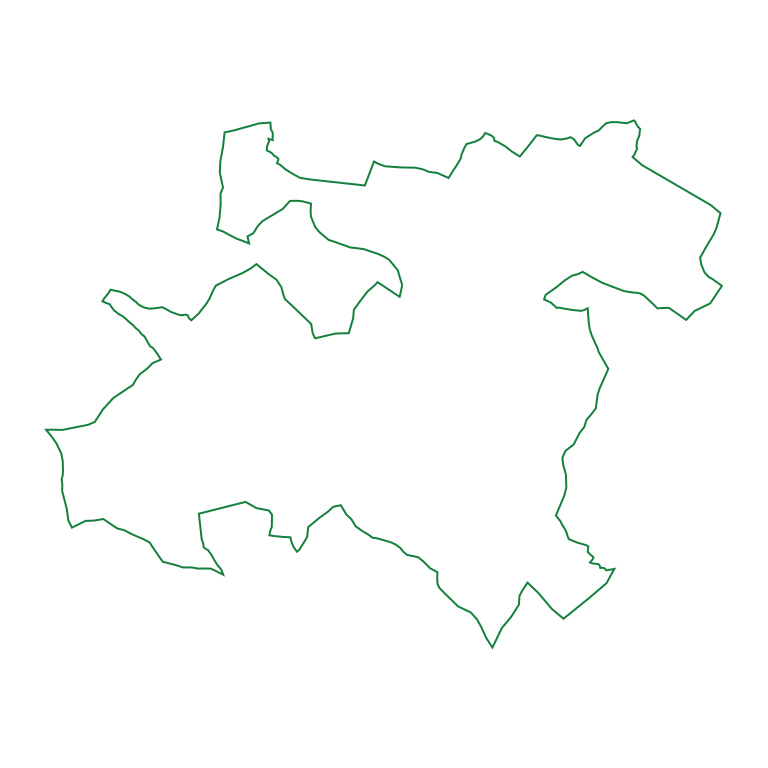 the district of Nwangele, Imo, Nigeria
{"feature_id": "59680162B11133908611483", "entity_name": "Nwangele", "entity_type": "district", "adm_level": 2, "iso_a3": "NGA", "parent_name": "Nigeria", "parent_adm1": "Imo", "projection": "albers", "projection_center": [7.127, 5.702], "detail": "fine", "context": "isolated", "style": "outline", "palette": "green", "viewbox_px": 768, "rotation_deg": 0, "n_neighbors": 0, "source": "geoboundaries", "source_scale": "gbopen_adm2", "svg_char_len": 5087}
<svg xmlns="http://www.w3.org/2000/svg" viewBox="0 0 768 768"><path d="M110.5,289.7L109.6,291.2L108.1,293.6L106.0,296.2L103.9,298.8L102.5,301.3L105.5,302.7L109.8,304.3L111.4,306.9L112.9,308.8L114.1,310.5L116.2,312.0L118.7,314.1L122.4,316.1L125.6,318.6L128.8,321.7L132.9,325.0L135.2,327.6L139.1,330.9L141.2,333.8L144.6,336.6L149.9,346.1L152.7,347.7L156.7,352.9L161.0,359.5L152.6,363.1L147.2,368.6L139.7,374.3L135.9,379.7L132.9,384.9L113.4,397.9L103.0,409.3L94.8,421.9L88.1,424.8L73.4,427.7L62.6,429.9L53.1,429.7L46.1,429.8L51.7,436.7L56.3,443.2L61.2,453.2L62.7,460.7L63.0,470.3L62.7,475.4L61.6,479.5L62.3,484.4L62.2,491.2L66.8,509.0L68.3,520.3L71.9,527.6L85.5,520.9L94.2,520.6L103.3,519.0L117.1,528.4L124.3,530.2L131.4,534.0L143.9,539.4L149.7,542.5L152.9,547.6L162.7,561.7L175.7,565.1L183.2,567.5L191.7,567.4L198.2,568.6L204.6,568.5L210.7,568.6L214.5,570.3L223.2,574.7L221.3,569.5L217.4,565.1L214.6,560.6L211.3,554.6L207.9,550.0L205.4,548.8L203.5,546.8L203.3,543.8L201.7,539.4L198.9,513.7L245.5,501.9L256.5,508.1L268.9,510.5L272.0,514.7L271.8,526.9L270.1,531.3L269.4,535.3L274.5,536.1L282.6,536.9L290.4,537.3L291.5,542.1L293.7,547.3L297.0,551.7L299.4,549.6L304.0,542.2L307.2,536.8L308.2,527.1L319.3,517.9L328.3,511.4L333.2,506.8L340.8,505.2L346.5,514.7L351.4,519.2L355.6,526.3L362.6,531.2L368.5,534.7L372.6,537.8L376.0,538.0L387.5,541.3L391.1,542.4L396.0,544.7L400.0,547.7L403.2,551.6L407.1,554.9L418.1,557.2L423.4,561.5L430.2,568.3L437.4,572.2L437.2,578.4L437.5,584.0L439.4,587.9L445.0,593.6L458.1,606.4L470.8,612.5L476.9,619.2L481.4,627.3L486.0,637.5L492.4,647.6L501.8,628.1L511.1,616.9L518.9,604.7L519.5,595.8L522.2,590.6L527.5,582.6L538.3,592.9L551.8,608.9L563.5,618.7L588.8,598.3L606.6,583.1L611.6,573.8L614.4,568.9L606.3,570.3L604.6,568.3L602.1,567.7L600.3,568.0L599.7,565.5L598.4,564.2L595.0,563.7L592.2,563.4L590.0,562.4L592.0,560.2L593.3,558.1L593.4,557.3L592.4,556.2L590.8,555.0L587.7,551.9L588.0,548.9L588.3,546.4L586.0,545.1L577.3,542.6L568.9,539.2L567.8,536.7L566.1,531.3L563.3,526.5L561.9,524.3L560.5,521.3L555.9,515.5L564.4,495.3L566.3,487.6L566.0,474.9L563.2,464.7L562.4,457.8L565.4,450.9L573.7,444.4L579.6,432.9L584.1,427.3L586.6,419.6L590.8,414.9L595.8,408.4L597.6,394.5L599.8,388.0L608.3,368.9L598.5,351.6L597.7,348.5L594.8,342.3L591.6,335.1L589.6,328.7L588.6,321.1L587.7,308.3L584.0,310.1L580.8,310.9L571.5,309.8L563.5,308.5L558.7,307.6L556.5,307.9L554.7,305.9L550.6,302.4L546.1,300.3L544.1,299.5L545.6,294.9L556.2,287.4L565.3,280.0L572.2,275.6L577.7,274.2L582.7,271.9L591.4,277.0L602.2,282.8L615.0,287.7L624.2,291.1L629.5,292.1L638.4,293.0L641.5,294.0L644.1,295.7L653.4,304.3L657.3,308.3L668.8,307.8L686.2,319.9L694.5,311.0L710.2,303.4L721.9,285.9L713.0,279.4L708.5,276.8L704.4,272.2L701.3,264.5L700.1,257.7L706.3,246.6L714.0,233.8L716.6,227.5L720.5,213.2L710.5,204.9L642.0,165.1L632.6,157.0L634.3,154.8L636.1,150.6L637.2,148.6L636.4,146.3L637.2,140.7L639.2,135.9L640.1,128.9L638.3,127.1L636.0,123.7L635.3,121.6L633.8,120.4L630.1,122.0L626.9,123.2L624.0,123.0L617.3,122.1L610.6,122.2L606.2,123.2L602.5,126.6L598.7,130.5L594.2,132.5L590.8,134.6L585.1,138.3L582.7,142.0L579.9,146.0L577.9,144.8L575.5,141.5L573.9,139.2L570.4,137.2L566.4,138.6L560.6,139.5L552.8,138.5L545.8,137.1L540.3,135.7L536.8,135.2L527.8,146.8L519.8,156.5L512.0,151.6L504.9,146.1L497.7,142.0L494.4,140.8L494.1,138.0L491.9,135.9L488.2,134.1L485.2,133.0L482.8,136.8L479.5,139.6L475.1,141.6L469.3,143.3L466.7,143.9L464.6,147.3L461.6,154.4L460.6,158.8L456.6,165.5L452.4,171.7L448.6,178.0L437.4,173.0L429.1,171.9L422.7,169.3L415.4,167.7L400.2,167.4L385.1,166.3L378.3,163.8L374.0,161.5L364.9,185.5L314.7,180.0L307.7,179.1L299.9,177.8L293.1,174.1L285.0,169.0L280.7,165.2L277.0,163.1L278.0,160.7L278.4,158.8L275.9,156.6L273.9,155.7L273.0,154.2L270.7,152.4L266.8,150.3L266.9,146.9L267.9,144.2L269.0,141.6L268.5,138.8L270.9,139.6L272.8,140.0L272.5,139.0L272.7,136.8L272.8,134.0L272.7,132.9L271.8,130.9L270.8,129.2L270.4,122.6L258.8,123.4L256.3,124.2L244.3,127.5L234.0,130.4L224.6,132.4L223.0,147.1L220.4,160.8L219.8,172.5L223.0,187.5L220.5,193.6L220.7,204.2L219.5,217.9L217.0,229.4L223.5,231.7L228.7,234.6L236.7,238.7L244.8,241.7L249.1,243.5L247.5,236.4L253.3,233.3L257.9,225.9L262.5,221.1L282.9,208.8L290.0,200.9L297.8,200.8L302.7,201.4L311.0,203.6L310.6,210.9L310.9,216.5L315.2,227.0L319.1,231.8L328.6,239.9L334.5,241.8L350.5,247.5L354.6,247.9L363.7,249.1L372.3,252.0L377.8,253.8L383.8,256.5L389.0,259.6L397.7,270.1L400.0,277.9L402.0,284.4L401.9,286.8L400.9,291.4L399.6,296.8L377.6,282.2L374.3,285.6L367.5,291.5L359.9,301.4L353.9,309.8L353.1,318.5L348.8,333.2L335.7,333.5L315.1,338.3L312.7,333.4L311.2,324.0L294.4,307.9L285.1,299.2L283.3,294.6L281.4,287.2L276.5,279.7L268.8,274.2L256.4,264.1L250.8,268.4L242.3,273.1L228.3,279.2L215.9,285.6L213.4,290.0L209.4,298.7L206.9,303.0L198.8,313.4L191.3,320.3L188.8,318.0L187.8,315.4L185.8,314.6L181.4,315.3L178.0,314.5L170.7,311.8L165.2,308.6L162.1,307.2L154.7,308.3L149.4,308.7L144.6,307.6L141.4,306.2L138.4,304.5L136.4,302.3L132.2,299.1L129.4,296.5L125.3,294.1L122.7,292.8L118.9,291.5L115.7,290.9L110.5,289.7Z" fill="none" stroke="#15803d" stroke-width="2"/></svg>